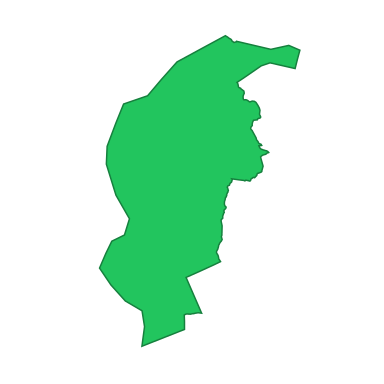 Assin Fosu, Central, Ghana, rotated 277°
{"feature_id": "2480657B24956698199939", "entity_name": "Assin Fosu", "entity_type": "district", "adm_level": 2, "iso_a3": "GHA", "parent_name": "Ghana", "parent_adm1": "Central", "projection": "natural_earth1", "projection_center": [-1.29, 5.722], "detail": "fine", "context": "isolated", "style": "filled", "palette": "green", "viewbox_px": 384, "rotation_deg": 277, "n_neighbors": 0, "source": "geoboundaries", "source_scale": "gbopen_adm2", "svg_char_len": 5431}
<svg xmlns="http://www.w3.org/2000/svg" viewBox="0 0 384 384"><g transform="rotate(277 192 192)"><path d="M72.9,216.3L106.5,196.5L114.5,209.8L122.5,222.8L126.4,228.8L127.9,227.6L128.9,226.6L129.0,226.6L129.4,226.6L130.0,226.4L131.0,226.1L131.6,225.9L133.3,224.9L133.4,224.7L133.5,224.7L133.8,224.3L134.2,224.0L134.9,223.7L135.3,223.7L136.0,223.6L136.3,223.7L137.0,223.9L137.5,224.2L137.8,224.3L138.3,224.5L140.8,224.9L142.7,225.0L143.2,225.3L143.5,225.4L144.1,225.6L144.7,225.8L145.0,225.9L146.0,226.5L146.5,226.9L147.1,227.2L148.0,227.5L148.4,227.7L148.6,227.7L150.7,226.8L150.8,226.8L151.1,226.7L151.4,226.6L151.6,226.6L151.9,226.7L152.3,226.8L152.6,226.9L153.1,226.9L154.3,226.7L154.5,226.7L155.0,226.7L162.1,226.0L166.5,224.5L167.8,224.3L168.1,224.6L168.6,224.9L169.0,225.0L169.7,225.7L172.0,225.4L172.1,225.5L172.6,225.6L173.5,225.8L173.9,225.8L174.0,225.9L174.3,225.9L174.5,225.9L174.7,226.0L174.9,226.1L175.0,226.2L175.4,226.4L175.6,226.5L176.0,226.4L176.6,226.1L176.9,226.0L177.1,226.0L177.5,226.0L178.0,226.1L178.2,226.3L178.3,226.4L178.5,226.4L178.7,226.6L179.0,226.9L179.6,227.4L179.9,227.5L180.7,227.7L181.0,227.7L181.4,227.5L181.5,227.4L181.7,227.0L181.8,227.0L181.9,226.8L181.9,226.7L182.2,226.4L182.5,226.2L183.9,225.6L186.4,225.4L186.5,225.4L186.8,225.5L187.0,225.5L187.3,225.6L187.8,225.7L188.0,225.7L188.4,225.8L190.2,225.9L190.5,225.9L190.5,226.0L190.9,226.2L191.1,226.4L191.4,226.6L191.5,226.6L192.0,226.7L192.7,226.7L192.8,226.8L192.9,226.7L193.1,226.7L193.4,226.7L193.5,226.8L193.8,226.8L194.0,226.8L194.3,226.9L194.9,227.0L195.0,227.1L195.5,227.2L196.2,227.6L196.3,227.5L196.6,227.6L196.9,227.6L197.4,227.8L197.7,227.9L198.0,227.9L198.5,227.7L199.0,227.3L199.3,227.2L200.0,227.1L200.4,226.9L200.7,226.5L200.9,226.4L201.1,226.4L202.1,226.7L202.4,226.8L202.5,226.9L203.0,227.8L203.1,228.0L203.4,228.2L203.4,228.3L203.5,228.3L204.1,228.5L204.4,228.5L204.7,228.5L205.2,228.8L205.5,228.9L205.8,229.1L205.9,229.3L206.0,229.5L206.3,229.7L206.7,230.0L206.8,230.1L207.1,230.2L207.3,230.2L208.0,230.1L208.8,230.4L209.0,230.5L209.5,230.4L209.9,230.0L209.8,236.6L209.8,242.4L209.6,242.6L209.5,242.9L209.6,243.0L209.6,243.4L210.2,243.8L210.3,244.0L210.3,244.5L210.2,245.0L210.1,245.5L210.2,245.8L210.2,246.0L210.2,246.3L210.2,246.6L210.1,246.8L209.9,247.3L209.9,247.6L209.9,248.0L210.0,248.3L210.3,248.6L210.5,248.7L210.9,248.8L211.7,248.8L211.8,248.8L212.0,248.9L212.2,249.1L212.3,249.3L212.5,249.6L212.9,250.0L213.0,250.1L213.5,250.3L213.6,250.5L213.9,251.2L214.0,251.4L213.9,251.7L213.8,251.8L213.8,252.1L213.8,252.4L214.3,252.8L214.6,253.0L214.9,253.2L215.2,253.3L215.4,253.6L216.2,254.2L216.6,254.3L216.9,254.4L217.1,254.3L217.4,254.3L217.8,254.4L218.1,254.6L218.3,254.8L218.8,255.3L218.7,255.5L219.1,256.4L219.3,256.5L219.5,256.9L219.6,257.2L219.8,257.7L220.0,257.9L220.3,258.4L220.8,258.8L221.3,258.7L226.3,259.4L233.5,256.4L235.3,255.8L235.8,256.2L236.0,256.4L236.2,256.6L236.5,256.9L236.6,257.0L236.9,257.4L237.4,258.0L237.6,258.7L237.8,258.9L238.1,259.8L238.4,260.5L238.7,260.7L238.8,260.9L238.9,261.1L239.9,261.9L240.1,262.2L240.2,262.6L240.3,263.0L240.4,263.3L240.6,263.4L240.7,263.2L240.8,263.1L240.9,262.9L241.2,262.6L241.5,262.2L242.0,261.0L242.1,259.6L242.2,259.2L242.3,259.0L242.3,258.7L242.3,258.4L242.4,257.7L242.6,257.2L242.7,256.8L242.8,256.4L242.8,255.8L242.8,255.7L243.9,254.1L245.2,253.2L246.1,252.8L246.4,254.7L246.7,255.5L247.8,254.7L248.1,253.4L248.5,252.5L248.8,252.1L249.4,251.7L249.9,251.5L250.2,251.3L250.6,250.8L251.2,250.2L251.7,249.7L253.6,249.0L254.4,248.4L257.9,245.9L259.0,245.1L260.1,244.4L261.4,243.0L261.9,242.6L262.3,242.5L262.8,242.5L263.3,242.6L263.9,242.7L264.1,243.0L264.8,243.4L265.0,243.5L265.4,243.7L265.7,243.7L266.2,243.5L268.5,243.6L270.7,244.3L271.6,248.1L272.0,248.2L272.4,248.2L272.6,248.3L273.0,248.8L273.3,249.3L273.6,250.3L273.7,250.5L273.8,250.6L274.4,251.0L274.5,251.0L274.9,251.0L275.1,250.9L275.5,250.7L275.8,250.5L275.9,250.4L276.0,250.4L276.5,250.0L276.6,249.9L277.0,249.7L277.3,249.6L277.6,249.5L281.4,249.5L283.5,248.6L286.1,246.8L288.7,244.6L289.6,242.9L289.6,240.7L288.6,238.7L288.5,238.4L288.5,238.0L289.2,236.9L289.4,236.4L289.6,236.2L290.0,235.1L290.1,234.6L290.1,234.3L290.1,233.4L289.9,232.9L289.8,232.6L289.8,232.3L289.9,232.1L290.3,231.7L290.7,231.5L291.1,231.4L291.7,231.3L292.0,231.2L292.5,231.1L293.8,231.1L296.4,231.8L298.5,231.2L300.5,227.8L300.7,227.6L300.9,227.6L301.0,227.4L301.3,226.1L301.8,225.4L302.5,225.1L302.8,225.1L303.3,224.9L303.6,224.8L304.3,224.6L304.9,224.3L305.4,224.1L305.7,223.9L305.9,223.7L306.0,223.7L306.3,223.3L311.5,229.4L325.7,245.4L329.7,253.7L327.1,279.3L336.1,280.4L345.9,281.8L349.3,270.2L343.2,252.9L347.0,217.9L346.5,217.9L346.4,217.5L345.5,215.4L346.8,213.4L346.8,213.2L347.4,212.8L347.7,212.6L347.9,212.6L348.1,212.3L348.3,212.1L349.5,209.3L349.6,209.2L350.0,208.7L350.2,208.3L350.3,208.0L350.7,207.1L350.9,206.7L351.1,206.3L351.2,206.1L337.2,186.4L319.3,161.3L300.1,148.0L282.1,136.2L271.0,113.4L251.3,108.1L227.0,102.2L209.2,103.6L179.6,116.9L157.8,133.2L141.1,130.2L133.4,118.4L120.6,114.0L105.2,109.5L89.8,122.9L75.7,139.1L68.0,156.9L52.6,161.3L32.8,161.1L36.9,168.6L54.7,201.3L62.8,200.3L69.0,199.3L70.0,200.8L70.2,201.3L70.4,202.4L70.4,202.5L70.4,202.9L70.4,203.1L70.4,203.6L70.5,203.7L70.5,204.9L70.6,205.5L70.9,206.3L71.3,207.4L71.4,207.8L71.4,208.2L71.5,208.3L71.5,208.7L71.6,208.9L72.1,210.0L72.5,211.5L72.8,212.5L72.9,212.8L72.9,216.3Z" fill="#22c55e" stroke="#15803d" stroke-width="1.5"/></g></svg>